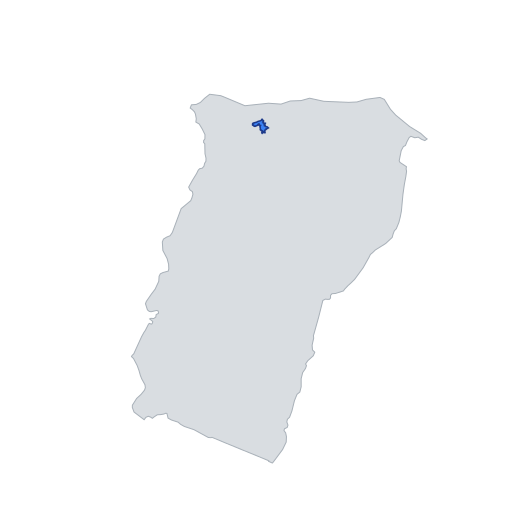 Akwapem North, Eastern, Ghana (highlighted), rotated 203°
{"feature_id": "2480657B16553972090858", "entity_name": "Akwapem North", "entity_type": "district", "adm_level": 2, "iso_a3": "GHA", "parent_name": "Ghana", "parent_adm1": "Eastern", "projection": "robinson", "projection_center": [-0.184, 5.959], "detail": "fine", "context": "in_parent", "style": "filled", "palette": "blue", "viewbox_px": 512, "rotation_deg": 203, "n_neighbors": 0, "source": "geoboundaries", "source_scale": "gbopen_adm2", "svg_char_len": 5678}
<svg xmlns="http://www.w3.org/2000/svg" viewBox="0 0 512 512"><g transform="rotate(203 256 256)"><path d="M307.3,64.7L310.7,68.3L311.5,70.4L310.2,78.3L307.7,83.8L306.2,89.0L306.4,91.6L307.9,94.1L313.1,98.2L315.7,100.8L318.9,104.8L322.5,108.7L328.7,113.8L331.3,114.7L331.2,116.1L330.3,118.1L329.8,137.0L329.3,141.9L328.8,144.3L328.3,151.4L327.6,152.4L326.4,152.3L325.4,152.6L325.1,154.0L325.5,155.4L329.3,156.5L328.5,157.5L325.7,158.5L324.4,160.6L325.0,163.1L323.4,165.0L323.9,166.3L324.9,167.3L326.4,166.9L330.8,163.7L332.6,163.3L334.9,164.0L339.1,168.9L339.2,171.4L337.5,179.7L335.9,186.1L335.6,194.7L337.3,199.5L337.1,202.2L335.2,204.4L330.9,207.8L331.2,210.0L333.2,214.2L336.8,218.9L343.9,224.7L347.7,232.3L347.8,235.4L345.6,238.5L343.0,241.1L342.2,245.0L343.4,270.4L337.7,281.4L337.7,284.5L338.2,288.2L339.7,290.4L342.6,291.0L344.9,293.1L344.1,300.8L342.9,308.7L342.7,312.5L342.0,314.3L339.8,315.8L339.0,318.3L339.5,321.3L339.1,323.6L340.3,326.6L342.9,330.2L347.0,339.3L348.6,340.0L349.3,341.9L348.8,343.8L350.4,347.8L355.0,351.8L359.8,355.3L363.7,355.8L364.6,359.0L367.2,363.0L369.0,364.7L372.0,365.9L374.4,366.5L374.5,369.9L370.2,372.2L367.2,375.6L365.0,381.0L361.8,386.8L351.1,389.8L347.0,389.9L324.9,390.0L304.2,401.5L292.3,405.6L285.0,412.1L275.2,416.7L268.3,422.2L254.0,424.9L230.6,433.7L223.3,437.2L215.8,443.3L203.8,450.4L199.1,450.3L189.6,443.6L182.5,440.3L165.2,435.2L152.2,433.2L146.0,431.0L144.2,430.6L145.7,428.2L149.3,428.1L153.1,428.8L156.0,426.9L160.2,426.7L161.3,424.8L161.7,420.0L161.6,416.1L163.1,414.3L163.5,409.7L161.4,399.6L160.0,398.4L152.4,397.0L151.9,394.9L150.5,392.8L149.1,387.6L147.4,379.8L144.8,370.1L139.7,354.1L138.5,348.5L137.6,342.8L137.5,335.9L138.5,333.3L138.4,329.8L137.9,326.3L141.5,318.2L148.5,308.2L150.0,304.6L151.3,302.1L151.5,298.6L152.8,287.0L156.1,273.0L158.3,267.7L159.7,264.8L161.4,260.2L161.9,258.0L168.3,252.5L171.3,251.0L172.0,248.9L171.0,246.5L171.4,244.9L173.0,244.1L175.3,243.4L177.1,241.2L174.4,223.9L172.2,206.7L172.1,205.3L170.8,202.9L169.5,195.8L167.3,191.6L164.3,190.4L164.3,186.5L167.4,179.9L168.2,176.0L166.7,174.8L166.5,171.8L167.5,166.9L167.0,163.9L166.5,160.7L163.3,153.2L162.5,147.9L164.2,144.7L164.1,137.9L162.4,127.4L162.1,120.7L163.3,118.0L162.8,115.3L160.5,112.8L160.3,110.4L162.3,108.0L162.0,106.2L159.6,104.8L157.4,101.6L155.5,96.5L155.9,88.2L159.6,73.1L160.1,71.8L164.2,71.9L164.2,72.5L177.2,72.4L191.9,72.2L209.6,72.0L225.7,71.9L226.4,71.2L229.0,70.3L245.2,71.9L255.4,71.1L259.7,71.6L262.8,72.6L269.8,72.0L273.6,72.4L276.4,76.2L277.5,76.1L279.1,74.5L281.9,72.7L284.8,71.3L286.8,68.3L288.0,66.1L289.9,66.5L292.5,66.4L294.3,64.5L295.0,61.6L307.3,64.7Z" fill="#d9dde1" stroke="#a8b0b8" stroke-width="1"/><path d="M310.3,375.5L310.0,375.6L309.9,375.6L309.6,375.6L309.4,375.6L309.2,375.5L309.2,375.4L309.3,375.3L309.2,375.2L309.3,375.1L309.2,375.1L309.1,374.9L308.9,374.8L308.6,374.9L308.4,374.9L308.1,374.8L307.6,374.9L307.4,375.2L307.3,375.4L307.0,375.5L306.9,375.5L306.8,375.9L306.6,376.0L306.3,376.3L306.2,376.4L306.1,376.5L305.9,376.6L305.9,376.8L305.8,377.0L305.6,377.1L305.3,377.2L305.4,377.6L305.5,377.7L305.4,377.8L305.4,378.1L305.4,378.4L305.3,378.5L305.1,378.7L304.8,378.8L304.7,378.8L304.6,378.7L304.8,378.5L304.7,378.4L304.8,378.3L304.8,378.2L304.7,378.1L304.8,378.0L304.8,377.9L304.9,377.6L304.7,377.7L304.5,377.8L304.3,377.8L304.2,377.8L303.9,377.7L303.7,377.7L303.4,377.8L303.3,377.6L303.2,377.6L302.8,377.8L302.8,377.6L302.9,377.3L302.9,377.2L303.0,377.0L303.0,376.9L302.9,376.9L302.7,376.5L302.6,376.4L302.4,376.2L302.4,375.8L302.3,375.7L302.2,375.6L301.7,374.9L301.7,374.7L301.5,374.2L301.4,374.2L301.4,373.9L301.2,373.8L301.1,373.7L300.8,373.7L300.6,373.7L300.4,373.6L300.4,373.8L300.2,373.9L299.9,373.7L299.7,373.6L299.4,373.7L299.2,373.6L298.9,373.7L298.6,373.6L298.6,373.4L298.5,373.2L298.4,373.2L298.6,373.0L298.7,372.9L298.7,373.0L298.7,372.9L298.7,372.7L298.8,372.4L298.7,372.4L298.5,372.2L298.3,371.8L298.5,371.7L298.5,371.4L298.3,371.3L298.2,371.6L297.8,372.3L297.6,372.6L297.3,372.6L297.2,372.7L296.7,372.7L296.5,372.9L296.4,372.9L296.3,373.0L296.2,372.9L296.0,373.0L295.9,373.0L295.9,373.3L296.0,373.4L296.1,373.6L296.4,373.8L296.6,374.0L296.6,374.3L296.8,374.5L296.8,374.8L296.9,375.0L297.0,375.0L297.0,375.3L296.9,375.3L296.8,375.5L296.7,375.5L296.6,375.8L296.5,376.0L296.4,376.0L296.3,376.3L296.2,376.4L296.2,376.5L295.9,376.9L296.0,377.0L295.9,377.0L295.8,377.3L295.7,377.4L295.7,377.5L295.6,377.8L295.4,378.0L295.2,378.2L295.3,378.2L295.2,378.2L295.2,378.3L295.0,378.5L294.9,378.5L294.8,378.8L295.0,378.8L295.3,378.9L295.4,379.0L295.5,379.0L295.8,379.2L296.0,379.2L296.2,379.3L296.3,379.3L296.4,379.2L296.5,379.2L296.8,379.2L297.2,379.1L297.3,379.1L297.5,379.1L297.8,379.2L298.0,379.2L298.1,379.3L298.1,379.2L298.3,379.2L298.5,379.2L298.8,379.2L299.0,379.2L299.0,379.3L299.3,379.6L299.2,379.8L299.3,380.0L299.5,380.1L299.8,380.1L299.8,380.4L299.8,380.6L299.7,380.9L299.5,381.1L299.4,381.2L299.4,381.3L299.2,381.5L299.2,381.9L299.5,381.9L299.7,381.7L299.8,381.7L300.0,381.6L300.2,381.4L300.3,381.2L300.5,381.2L300.6,381.3L300.8,381.4L301.1,381.3L301.1,381.5L301.3,381.7L301.3,381.8L301.5,382.0L301.7,382.3L301.9,382.2L302.1,382.1L302.1,382.4L301.9,382.8L301.8,383.0L301.7,383.1L301.8,383.4L302.0,383.5L302.5,383.4L302.6,383.5L302.8,383.7L303.0,383.9L303.6,384.3L303.9,384.3L304.0,384.2L304.1,383.9L304.1,383.7L304.1,383.4L304.3,382.9L304.2,382.8L304.4,382.6L305.1,381.9L305.6,381.6L305.9,381.3L306.5,380.9L306.8,380.6L307.0,380.4L307.3,380.0L307.6,379.7L307.7,379.4L308.5,378.8L308.8,378.7L309.2,378.3L309.9,377.6L310.0,377.7L310.3,377.4L310.4,377.2L310.7,377.0L310.8,376.7L310.8,376.2L310.6,375.7L310.3,375.5Z" fill="#3b82f6" stroke="#1e3a8a" stroke-width="1.5"/></g></svg>